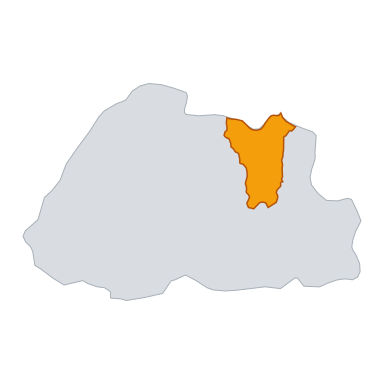 where Lhuntshi sits in Bhutan
{"feature_id": "BTN-2483", "entity_name": "Lhuntshi", "entity_type": "District", "adm_level": 1, "iso_a3": "BTN", "parent_name": "Bhutan", "parent_adm1": "", "projection": "equal_earth", "projection_center": [91.057, 27.736], "detail": "fine", "context": "in_parent", "style": "filled", "palette": "amber", "viewbox_px": 384, "rotation_deg": 0, "n_neighbors": 0, "source": "natural_earth", "source_scale": "10m", "svg_char_len": 2986}
<svg xmlns="http://www.w3.org/2000/svg" viewBox="0 0 384 384"><path d="M315.2,157.6L314.6,160.7L311.8,168.8L310.0,177.6L311.5,184.9L318.0,193.5L326.5,200.4L337.5,200.9L347.5,198.3L351.5,199.4L357.0,210.9L361.0,220.9L355.7,231.2L352.8,240.2L351.8,246.7L352.5,249.4L355.8,254.6L359.6,263.5L360.1,271.7L357.7,277.1L352.5,279.8L347.0,279.0L342.4,279.1L336.7,280.0L327.8,283.1L319.5,286.9L303.9,286.2L297.6,278.2L294.7,278.1L280.5,288.6L265.1,286.8L236.9,290.2L225.2,291.0L213.1,289.9L207.0,287.7L195.6,280.3L185.4,275.0L174.9,279.9L171.2,280.8L162.7,293.4L144.5,297.5L126.4,300.5L121.0,298.9L110.8,298.1L110.4,295.2L110.7,292.3L108.4,290.1L104.3,287.7L97.2,286.8L88.0,283.6L82.8,280.6L64.1,285.0L53.3,278.4L41.1,269.3L34.9,265.4L32.7,251.3L30.5,246.8L25.7,242.0L23.0,236.4L25.3,230.7L37.6,220.0L38.6,217.5L44.4,197.5L52.3,190.2L60.1,180.2L66.1,164.2L77.5,147.7L90.0,130.9L98.6,117.2L104.3,110.8L116.0,104.0L125.8,100.0L132.5,90.8L140.7,85.7L149.1,83.5L161.5,84.7L173.2,88.0L186.0,92.5L187.5,96.2L186.4,102.7L184.5,109.3L184.4,112.6L186.4,114.5L198.9,115.8L214.3,114.7L222.9,115.6L242.2,121.7L247.8,126.0L253.6,129.3L259.4,128.7L266.6,121.7L274.3,115.7L279.0,114.7L282.4,116.7L288.6,122.4L301.2,127.7L312.5,131.8L316.2,135.6L315.0,152.1L315.2,157.6Z" fill="#d9dde1" stroke="#a8b0b8" stroke-width="1"/><path d="M226.9,117.9L230.3,118.9L236.5,119.4L242.4,120.9L247.6,126.0L249.1,127.7L252.4,129.8L256.8,130.3L260.9,129.1L263.6,126.0L265.0,123.4L269.3,117.6L271.2,115.8L273.8,115.2L276.3,115.7L278.7,115.5L280.8,113.0L282.7,117.7L285.9,121.2L293.7,126.0L295.5,126.7L293.7,129.0L292.2,130.6L291.7,130.9L291.2,131.0L290.2,130.7L289.8,130.6L289.2,131.0L286.0,135.6L285.5,136.0L285.0,136.2L284.5,136.3L284.1,136.5L283.8,137.1L283.7,137.9L283.7,139.5L283.5,150.6L283.0,152.9L283.0,154.4L282.8,156.7L282.4,158.2L281.9,159.2L281.7,160.2L281.8,161.1L282.5,164.2L282.5,165.2L282.1,168.5L282.5,176.7L281.5,179.5L282.8,181.7L281.8,182.0L281.3,182.1L280.8,182.4L280.5,183.1L280.7,185.3L280.5,186.4L278.1,188.8L277.1,190.1L276.3,192.3L276.8,194.0L277.6,195.2L277.7,195.8L277.6,198.2L276.3,202.3L268.1,207.5L265.8,203.1L265.1,202.6L263.2,202.2L261.4,202.1L259.3,202.9L253.7,208.8L248.5,207.5L246.9,203.7L247.0,203.1L247.1,202.2L247.6,201.5L248.1,200.8L249.6,196.7L248.1,194.2L246.9,193.2L246.4,192.4L246.2,191.6L246.3,191.0L246.5,190.3L246.6,189.5L246.3,186.3L245.4,183.9L245.5,183.4L245.6,182.5L246.5,179.0L247.3,176.2L247.1,173.0L246.7,170.0L246.4,168.6L246.0,167.6L243.2,164.4L242.8,164.0L242.3,163.9L240.7,163.6L240.0,163.2L239.8,162.8L239.8,159.6L238.8,154.4L238.5,153.5L237.9,153.2L236.9,152.5L236.4,152.2L235.7,152.1L235.3,151.7L234.7,151.0L234.0,149.6L232.5,147.9L231.1,147.1L230.8,143.6L229.3,139.4L228.7,138.6L228.2,138.4L227.1,138.1L226.5,137.8L225.8,137.3L224.6,136.1L224.2,135.4L224.1,134.8L224.6,133.6L224.8,132.7L225.0,132.0L225.5,131.4L226.5,130.7L226.8,130.1L227.0,129.1L226.9,125.9L226.5,124.6L226.4,123.5L226.4,122.1L226.9,117.9Z" fill="#f59e0b" stroke="#b45309" stroke-width="1.5"/></svg>